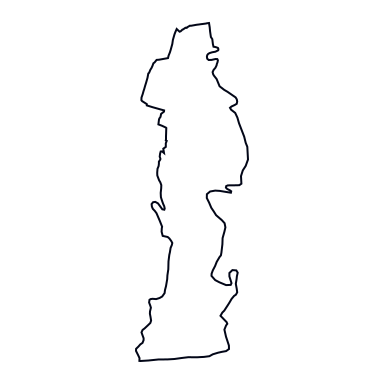 Moskva, Chuy, Kyrgyzstan
{"feature_id": "92254566B97912896039768", "entity_name": "Moskva", "entity_type": "district", "adm_level": 2, "iso_a3": "KGZ", "parent_name": "Kyrgyzstan", "parent_adm1": "Chuy", "projection": "robinson", "projection_center": [74.071, 42.777], "detail": "fine", "context": "isolated", "style": "outline", "palette": "ink", "viewbox_px": 384, "rotation_deg": 0, "n_neighbors": 0, "source": "geoboundaries", "source_scale": "gbopen_adm2", "svg_char_len": 3604}
<svg xmlns="http://www.w3.org/2000/svg" viewBox="0 0 384 384"><path d="M226.6,322.1L220.5,315.8L222.3,312.6L224.3,310.6L225.9,308.1L227.6,305.5L229.5,302.5L231.6,298.9L234.1,295.9L235.9,294.7L237.2,292.3L236.7,288.6L235.8,283.8L236.6,279.0L236.9,276.2L237.7,272.7L236.3,270.4L232.4,270.1L229.4,273.0L229.4,276.4L231.5,283.1L230.7,284.9L226.1,285.1L219.4,282.3L215.2,280.1L211.5,275.9L211.6,273.7L212.8,270.4L215.1,266.0L216.7,261.9L219.5,257.1L220.9,255.4L221.4,252.7L222.4,244.2L222.6,238.1L224.4,231.7L225.4,227.4L224.6,223.2L221.9,220.2L216.1,215.2L213.8,211.5L211.3,207.8L209.1,202.6L206.8,198.0L206.9,194.2L210.1,191.5L215.2,190.6L219.8,190.9L225.2,191.8L230.9,192.7L231.2,191.3L230.2,190.5L227.1,188.9L225.9,187.6L226.2,186.1L227.8,185.4L231.2,185.3L234.9,185.3L239.3,185.2L241.4,183.7L241.0,176.1L242.8,170.4L245.7,165.9L248.0,159.5L247.3,146.8L245.7,142.8L244.2,136.7L239.0,123.2L237.4,117.6L235.2,112.9L231.1,109.7L230.0,107.8L231.5,106.5L234.7,105.0L236.7,103.8L237.2,101.6L236.8,99.4L235.6,97.4L227.5,91.8L224.1,89.8L224.0,89.7L219.6,86.3L216.6,79.0L214.0,75.7L213.2,74.4L212.6,72.1L213.6,69.9L215.4,67.8L216.6,65.3L216.8,64.1L217.5,62.3L217.9,60.3L217.3,59.1L215.6,59.0L211.6,59.9L208.7,60.0L207.2,58.7L206.9,56.8L207.2,55.2L208.1,54.0L209.5,53.1L212.1,52.3L215.4,51.7L218.2,50.3L218.4,49.1L217.9,47.9L215.7,47.1L213.5,46.7L212.9,44.1L212.3,39.2L210.9,37.0L210.1,31.6L209.7,27.3L209.0,23.0L206.8,23.3L206.2,23.5L201.8,24.1L201.5,24.1L198.8,24.5L197.1,24.7L195.8,24.9L194.2,25.2L190.8,25.8L190.2,25.7L189.9,25.7L186.5,27.7L186.5,27.9L186.2,27.9L185.7,27.7L185.4,27.8L183.1,29.4L182.9,29.4L182.3,29.7L181.2,30.8L180.6,31.3L179.6,31.7L177.5,29.8L176.7,29.0L175.3,32.2L174.5,34.3L172.9,39.9L172.3,44.0L170.7,49.8L169.9,52.4L168.6,55.6L168.0,58.1L159.1,59.7L156.6,59.9L154.6,62.4L153.4,63.3L152.5,65.8L151.5,68.0L150.4,69.7L149.1,72.8L148.3,73.5L148.0,75.1L147.5,77.8L146.1,82.7L145.1,85.9L144.2,89.1L143.5,91.2L142.7,94.1L141.5,97.6L141.4,100.2L142.1,101.1L146.8,104.1L146.8,105.4L152.6,107.2L159.7,109.2L164.1,110.4L164.0,111.6L161.1,113.9L160.5,116.9L159.4,118.4L159.0,119.5L158.4,124.4L162.1,125.8L165.9,127.6L166.3,128.0L166.2,130.3L166.1,133.9L166.0,136.3L166.0,139.3L165.8,140.4L166.7,140.9L165.8,143.3L165.8,146.9L163.3,148.7L164.0,153.0L162.7,151.9L162.0,151.4L160.7,151.5L160.1,153.6L159.7,156.7L160.4,158.7L160.3,159.5L158.9,161.7L158.9,163.9L158.6,166.1L157.5,168.8L157.2,172.8L157.3,175.5L158.5,178.7L159.1,180.3L160.3,182.3L161.3,185.1L161.2,188.2L160.7,192.9L160.9,197.1L161.4,198.8L162.5,202.1L163.2,204.0L164.2,206.2L164.7,208.5L164.3,209.7L162.3,209.3L159.7,205.7L158.0,203.4L155.3,201.9L153.1,202.2L151.6,204.1L151.9,206.6L152.8,208.8L154.8,210.9L156.5,213.2L158.3,217.4L159.8,220.9L162.1,226.7L161.8,228.2L161.6,231.7L162.7,235.9L167.7,237.0L169.4,238.5L171.3,241.1L172.3,243.0L171.8,245.1L170.6,247.9L169.9,252.3L169.3,254.9L168.5,261.4L168.3,269.3L167.4,275.4L167.2,279.2L166.0,286.2L165.0,290.0L164.6,293.1L162.2,296.5L159.6,298.0L156.1,299.1L152.6,298.8L150.6,299.1L149.5,299.8L149.1,302.5L150.3,305.7L150.9,307.7L150.0,311.4L149.9,313.8L150.5,316.8L151.1,320.6L150.3,323.0L147.5,325.7L144.5,328.5L142.6,329.9L141.5,332.4L142.6,335.5L143.6,338.2L143.6,340.1L142.5,342.9L140.3,344.4L138.4,346.6L136.1,348.8L136.0,350.9L138.2,355.3L139.5,358.1L139.4,360.9L140.5,361.0L148.4,360.5L158.2,359.5L167.6,359.4L174.4,359.0L181.6,358.0L188.3,357.2L196.5,357.3L204.0,356.9L209.4,356.2L212.8,354.3L218.1,352.7L222.1,351.8L226.1,351.1L229.0,349.0L228.9,345.5L227.1,340.0L226.0,336.7L224.4,329.6L226.1,325.4L227.3,323.8L226.6,322.1Z" fill="none" stroke="#020617" stroke-width="2"/></svg>